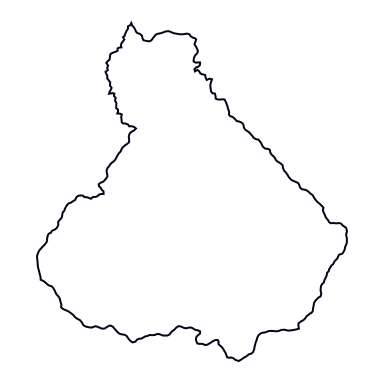 outline of Gurinhatã, Minas Gerais, Brazil
{"feature_id": "56859067B51410888588014", "entity_name": "Gurinhatã", "entity_type": "district", "adm_level": 2, "iso_a3": "BRA", "parent_name": "Brazil", "parent_adm1": "Minas Gerais", "projection": "albers", "projection_center": [-49.875, -19.057], "detail": "fine", "context": "isolated", "style": "outline", "palette": "ink", "viewbox_px": 384, "rotation_deg": 0, "n_neighbors": 0, "source": "geoboundaries", "source_scale": "gbopen_adm2", "svg_char_len": 5925}
<svg xmlns="http://www.w3.org/2000/svg" viewBox="0 0 384 384"><path d="M298.9,328.7L298.4,325.8L298.5,323.3L300.7,321.6L302.6,320.6L304.3,319.4L305.6,317.8L306.6,316.2L308.5,314.9L309.9,313.5L311.6,312.8L312.8,311.0L313.0,308.8L313.4,307.0L313.7,305.1L314.1,302.8L315.4,300.7L316.8,299.2L318.5,297.5L320.5,296.5L321.3,293.7L320.6,290.6L320.7,288.5L321.0,286.2L321.9,284.2L323.8,282.6L324.5,280.0L325.5,278.0L326.6,275.7L327.1,272.8L328.8,271.0L329.2,269.1L330.2,267.7L331.2,265.8L333.2,264.0L334.5,261.4L335.8,260.0L337.3,258.5L338.1,256.5L339.0,254.8L340.8,254.1L342.4,253.6L343.7,251.6L344.7,249.6L345.0,247.7L345.5,246.0L346.5,244.0L346.9,241.6L346.9,238.4L346.2,235.6L346.2,233.6L347.0,231.8L346.7,229.8L346.1,227.9L344.4,226.6L342.6,225.4L341.3,223.8L339.4,223.0L337.3,223.3L335.6,223.3L333.2,223.0L330.7,223.2L329.0,222.0L327.9,219.9L326.1,217.9L325.0,215.4L324.3,213.7L323.3,211.7L322.9,209.6L323.5,207.8L322.0,206.0L320.4,204.5L319.1,203.3L317.1,201.7L315.2,199.3L313.8,197.3L312.7,195.1L310.7,193.8L308.7,191.9L306.4,190.2L304.4,189.6L302.3,189.4L300.2,187.7L299.2,184.9L298.2,183.1L296.7,182.3L294.8,181.5L293.2,180.8L291.5,180.0L289.8,178.3L288.5,176.6L287.5,174.8L285.9,172.5L284.2,170.8L282.9,167.9L282.7,165.3L280.8,163.6L278.7,162.2L276.9,161.2L275.7,159.7L274.9,158.0L273.7,156.4L272.3,155.3L271.0,153.9L270.2,152.2L270.0,150.2L268.6,149.0L265.1,148.6L262.8,146.6L261.8,144.6L261.1,143.0L259.9,141.4L258.6,139.7L256.1,139.2L253.8,138.0L252.6,136.3L250.7,134.1L249.0,132.2L247.0,130.9L245.0,129.4L243.9,127.6L243.6,125.3L242.5,123.2L240.6,122.1L238.6,121.4L236.7,121.0L235.3,119.4L233.6,117.6L231.7,116.6L230.1,116.1L228.9,114.6L229.2,112.6L228.8,110.6L227.9,108.6L227.6,106.6L226.5,103.7L225.6,101.5L224.6,99.5L222.5,99.3L219.8,99.6L217.5,99.4L215.7,98.6L215.6,96.3L214.9,93.6L212.4,93.2L211.1,91.5L210.6,88.5L210.3,85.7L210.6,83.5L211.3,81.2L212.0,79.3L209.7,78.7L206.7,79.9L205.6,77.5L205.2,75.0L202.8,74.4L200.4,73.5L199.1,71.2L197.3,69.9L195.0,71.4L194.4,69.4L195.9,67.5L198.2,66.8L200.0,64.9L200.1,62.5L198.1,62.4L195.8,62.7L193.6,61.5L193.7,59.8L194.0,57.9L194.8,55.9L196.0,54.5L197.2,53.2L197.9,51.4L197.4,49.6L196.5,47.6L195.6,46.0L194.5,44.3L195.3,42.0L196.2,39.4L194.9,38.2L192.9,37.7L190.7,36.2L189.4,34.2L186.6,33.6L183.5,34.2L179.9,34.3L175.3,33.5L172.8,32.9L170.9,32.0L168.9,31.2L166.5,31.3L164.9,31.7L163.3,32.4L160.4,33.3L157.7,33.8L155.8,34.6L154.7,36.0L153.2,37.8L151.3,40.4L149.1,41.4L147.3,41.0L145.5,40.8L143.4,40.2L142.4,38.0L142.0,35.7L139.9,33.9L137.5,33.1L136.0,31.7L135.1,29.4L133.9,27.4L132.3,25.6L131.3,23.0L130.2,25.2L127.9,26.4L128.0,28.8L126.6,30.8L125.3,33.6L124.5,36.0L123.0,37.2L124.3,39.5L122.8,41.6L121.5,43.2L120.9,45.0L121.4,47.4L119.2,47.6L117.6,48.4L117.6,50.8L115.7,51.7L112.3,52.9L110.3,54.3L109.5,59.7L107.8,61.1L106.3,62.9L108.1,65.5L107.2,67.9L107.8,70.1L105.5,71.9L106.5,74.2L107.4,76.1L107.1,78.0L108.3,79.8L110.2,82.2L110.0,85.6L111.6,87.8L110.9,89.7L109.7,91.6L109.0,93.7L112.8,93.1L114.4,93.7L113.9,95.8L115.7,98.0L115.0,100.7L116.4,103.1L116.2,106.2L116.2,108.2L118.0,109.5L118.0,111.8L117.3,113.5L119.7,113.6L121.8,114.4L121.2,117.1L121.6,119.8L121.7,122.1L122.9,123.4L125.4,123.5L128.0,124.5L129.2,126.3L131.3,126.2L133.9,126.8L136.0,128.5L134.0,130.5L131.4,131.8L129.9,133.3L129.0,135.2L128.8,137.0L129.1,139.2L129.1,142.2L127.1,143.9L125.7,144.9L123.9,146.3L122.3,147.9L121.4,149.5L120.6,151.5L118.8,153.4L117.4,155.5L116.3,157.7L115.2,159.7L114.0,161.1L112.5,162.2L110.6,163.9L109.2,166.0L107.8,167.6L106.8,169.4L106.6,171.7L107.1,173.9L107.5,176.2L106.2,178.5L104.9,179.9L103.4,181.6L100.9,182.6L98.7,184.2L99.0,186.2L100.8,187.9L101.7,189.8L103.5,191.3L103.6,193.9L101.3,194.0L99.0,194.6L97.4,196.3L95.4,196.9L92.9,197.0L90.9,198.8L88.6,197.8L86.4,197.1L84.3,197.1L83.2,195.7L80.7,195.4L78.0,195.9L76.1,197.6L75.3,199.8L73.2,201.1L71.0,202.6L68.4,203.5L66.6,205.7L65.1,208.4L64.2,210.9L62.8,212.2L62.3,214.7L61.7,217.7L59.8,219.8L58.2,221.8L58.3,224.9L57.1,227.6L55.1,229.4L52.0,230.8L50.9,232.7L48.6,233.8L47.5,236.3L47.1,238.7L47.1,240.5L46.5,242.3L45.1,244.1L43.7,245.7L42.4,246.9L41.2,248.3L39.7,249.9L38.3,252.2L37.6,254.3L37.0,256.0L37.2,258.7L37.5,261.4L37.7,264.6L38.0,267.0L38.4,268.9L39.0,271.0L39.9,274.7L40.5,276.8L40.7,279.8L42.4,280.5L44.2,281.5L46.0,283.1L48.5,285.3L51.5,286.2L53.3,288.1L54.8,290.7L55.6,292.7L56.6,294.5L58.0,296.0L59.1,297.3L59.8,299.0L60.5,301.7L61.4,304.8L61.1,307.4L63.2,309.1L66.3,310.4L68.8,311.6L71.1,313.3L73.3,315.0L74.9,317.0L76.2,318.1L80.3,320.4L82.0,322.7L83.0,324.5L84.1,325.8L86.0,326.6L87.9,327.1L89.8,327.4L91.7,327.6L93.7,326.8L95.7,326.2L97.6,326.8L99.8,327.8L102.5,328.7L104.7,328.5L106.9,327.0L109.0,325.8L110.8,325.6L112.8,326.7L114.5,328.7L116.2,330.6L117.6,332.2L119.5,333.8L122.1,334.4L124.7,334.8L126.8,336.1L128.7,339.0L130.4,340.9L132.5,342.4L135.4,341.7L136.8,339.8L138.8,338.8L141.4,338.6L145.1,336.5L147.6,335.9L149.7,335.0L152.6,335.2L155.2,334.8L156.9,334.1L158.8,334.0L161.1,334.8L163.3,335.6L165.4,335.5L167.4,335.5L169.5,334.5L171.2,332.2L172.6,330.9L174.2,329.9L175.8,328.1L177.4,326.7L179.0,326.1L180.8,326.5L183.2,327.6L185.6,328.3L190.3,327.4L192.2,328.0L193.7,328.9L195.7,330.0L198.1,330.4L200.2,331.4L200.0,333.6L198.1,335.1L196.5,336.8L195.8,339.3L196.4,341.2L197.3,343.5L199.6,343.9L202.5,343.9L205.1,345.0L207.1,344.8L210.6,342.8L212.7,341.3L215.3,340.1L217.8,340.0L218.6,341.7L218.4,344.0L219.9,345.5L221.4,346.6L222.6,348.1L223.7,349.8L224.7,351.6L225.7,353.3L226.4,355.2L227.1,357.2L229.0,357.8L231.2,357.5L233.5,358.3L235.4,359.9L238.7,361.0L241.5,359.4L244.0,357.6L246.1,356.5L247.5,355.4L248.9,354.3L251.2,353.7L253.0,352.2L254.1,349.6L254.6,346.6L255.2,344.5L255.6,342.6L256.5,340.6L256.9,338.8L257.6,336.9L258.9,334.8L261.2,333.1L263.4,332.6L265.7,332.3L267.8,331.3L270.1,330.9L272.6,331.0L276.3,331.3L278.6,331.0L281.4,329.9L284.6,329.7L287.0,330.4L289.3,330.6L291.4,330.3L293.6,330.0L296.4,329.4L298.9,328.7Z" fill="none" stroke="#020617" stroke-width="2"/></svg>